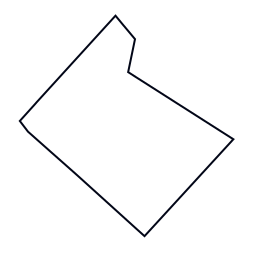 the district of Al-Ganoub 2, Al Isma`iliyah, Egypt, rotated 134°
{"feature_id": "37247803B49247378717422", "entity_name": "Al-Ganoub 2", "entity_type": "district", "adm_level": 2, "iso_a3": "EGY", "parent_name": "Egypt", "parent_adm1": "Al Isma`iliyah", "projection": "orthographic", "projection_center": [32.241, 30.969], "detail": "fine", "context": "isolated", "style": "outline", "palette": "ink", "viewbox_px": 256, "rotation_deg": 134, "n_neighbors": 0, "source": "geoboundaries", "source_scale": "gbopen_adm2", "svg_char_len": 390}
<svg xmlns="http://www.w3.org/2000/svg" viewBox="0 0 256 256"><g transform="rotate(134 128 128)"><path d="M62.9,44.4L85.9,157.7L87.3,164.8L87.7,166.7L59.2,184.7L57.6,199.7L57.4,201.3L57.4,201.8L55.9,215.0L56.3,215.0L173.1,211.6L174.7,211.5L198.1,210.7L200.1,197.4L198.8,166.5L197.3,132.0L195.1,64.5L194.7,51.9L194.3,41.0L62.9,44.4Z" fill="none" stroke="#020617" stroke-width="2"/></g></svg>